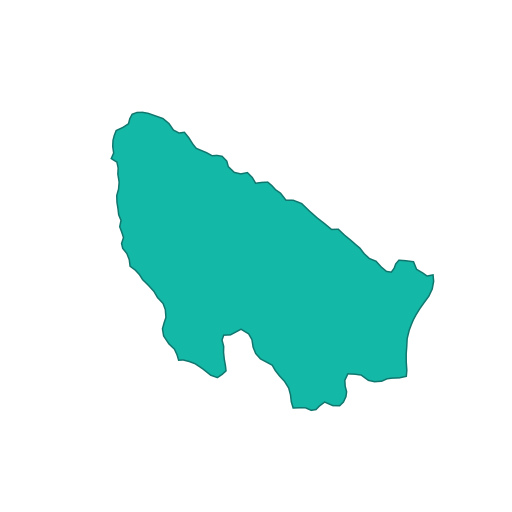 Sobrália, Minas Gerais, Brazil, rotated 141°
{"feature_id": "56859067B26696548146708", "entity_name": "Sobrália", "entity_type": "district", "adm_level": 2, "iso_a3": "BRA", "parent_name": "Brazil", "parent_adm1": "Minas Gerais", "projection": "robinson", "projection_center": [-42.144, -19.225], "detail": "fine", "context": "isolated", "style": "filled", "palette": "teal", "viewbox_px": 512, "rotation_deg": 141, "n_neighbors": 0, "source": "geoboundaries", "source_scale": "gbopen_adm2", "svg_char_len": 2177}
<svg xmlns="http://www.w3.org/2000/svg" viewBox="0 0 512 512"><g transform="rotate(141 256 256)"><path d="M315.6,187.0L317.6,180.4L317.3,173.3L314.8,167.4L312.1,160.9L313.1,154.9L313.2,148.1L312.7,140.7L313.7,132.8L316.5,126.5L320.3,120.5L322.8,114.5L317.6,110.6L313.1,106.9L310.2,101.3L306.0,98.9L301.0,99.5L294.6,99.3L290.4,91.3L285.2,87.0L280.0,87.5L274.6,90.1L271.0,93.5L268.7,98.6L265.2,103.5L258.8,106.6L253.6,102.0L249.2,97.3L246.9,88.6L243.0,83.7L237.1,79.6L231.4,78.1L227.3,75.6L221.3,71.1L214.9,67.9L210.7,72.3L206.0,79.0L200.8,85.5L195.9,90.7L190.5,96.7L183.5,102.0L178.2,105.1L173.7,107.5L168.4,109.7L161.8,112.0L154.7,114.0L147.0,116.0L139.9,119.4L133.9,124.5L130.3,129.9L135.7,132.8L137.1,137.9L139.6,144.6L137.2,152.4L142.8,158.3L147.6,162.8L152.4,161.9L156.4,159.5L161.0,158.3L164.3,161.9L165.6,168.6L166.0,176.4L169.5,182.7L170.5,189.8L170.3,196.7L171.4,202.3L172.5,208.8L174.1,216.3L175.2,225.0L180.6,229.1L182.3,237.6L184.5,247.1L186.2,257.2L187.5,268.0L192.0,275.9L197.6,280.5L197.4,289.3L199.1,295.2L199.4,300.9L200.4,306.0L205.0,309.4L210.5,312.8L209.5,319.3L210.2,326.2L216.2,329.4L220.3,334.7L221.3,342.9L219.0,348.1L219.6,354.8L223.1,358.8L227.0,361.5L229.4,367.4L232.2,372.6L234.7,377.3L234.7,382.7L233.8,390.2L233.8,397.2L238.4,400.0L240.9,405.8L240.3,413.7L241.8,421.4L246.5,429.0L250.0,434.7L253.7,439.0L258.1,442.4L263.0,444.1L267.7,442.1L271.9,439.0L278.6,439.7L285.7,441.5L290.4,438.8L294.3,435.9L298.4,431.3L301.8,425.6L307.2,422.8L305.0,416.5L307.7,411.2L311.8,406.6L315.9,399.5L320.8,394.4L326.2,390.6L330.4,385.0L333.5,379.6L336.8,374.4L338.5,368.6L343.5,364.5L345.4,358.8L347.4,353.7L352.6,350.3L354.8,345.8L354.8,339.2L356.8,332.9L360.3,327.3L358.7,321.1L358.3,314.9L359.0,308.9L358.1,301.2L357.6,292.6L358.7,285.6L358.1,277.6L360.2,271.4L364.7,264.9L369.6,261.8L374.5,258.3L378.1,252.0L379.0,242.4L378.0,235.0L379.5,229.0L381.7,223.7L378.0,221.0L374.3,216.0L371.1,210.6L368.4,201.8L366.2,191.8L362.5,185.8L356.8,185.3L351.6,185.6L348.9,189.8L345.7,195.6L341.9,201.5L338.0,206.1L335.3,212.1L330.9,214.8L325.5,210.8L318.3,209.4L313.7,208.5L310.7,200.1L311.8,193.5L315.6,187.0Z" fill="#14b8a6" stroke="#0f766e" stroke-width="1.5"/></g></svg>